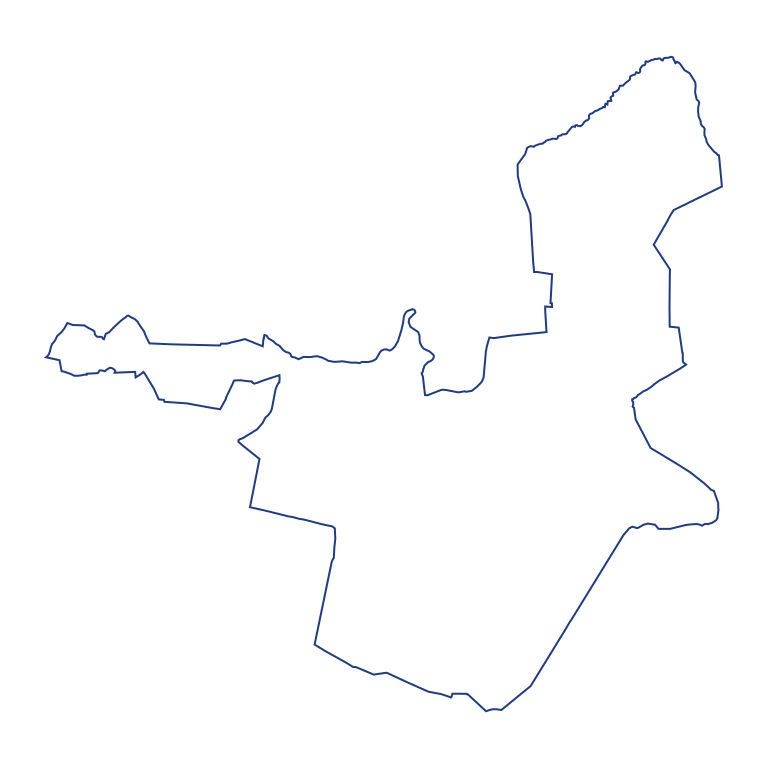 outline of Mixquiahuala de Juárez, Hidalgo, Mexico
{"feature_id": "50627088B68378363508666", "entity_name": "Mixquiahuala de Juárez", "entity_type": "district", "adm_level": 2, "iso_a3": "MEX", "parent_name": "Mexico", "parent_adm1": "Hidalgo", "projection": "robinson", "projection_center": [-99.19, 20.233], "detail": "fine", "context": "isolated", "style": "outline", "palette": "blue", "viewbox_px": 768, "rotation_deg": 0, "n_neighbors": 0, "source": "geoboundaries", "source_scale": "gbopen_adm2", "svg_char_len": 6021}
<svg xmlns="http://www.w3.org/2000/svg" viewBox="0 0 768 768"><path d="M719.0,155.4L717.8,155.1L716.3,153.3L714.0,151.6L708.2,144.7L706.5,141.5L706.3,139.4L704.5,135.3L704.4,132.4L704.7,129.0L703.9,127.5L702.0,125.8L701.1,124.4L700.7,123.5L700.8,121.6L698.7,116.6L698.1,111.5L698.2,107.1L699.2,103.1L698.7,101.3L696.6,99.3L695.5,94.1L695.1,92.3L695.6,86.4L695.4,83.1L694.6,81.2L689.6,73.2L684.4,70.1L680.4,64.3L679.0,62.7L678.2,62.7L677.2,61.8L676.5,61.8L675.8,63.0L675.4,63.2L675.1,62.7L674.4,60.8L673.3,58.8L673.1,57.6L672.7,57.2L670.7,56.8L668.4,57.8L665.1,57.9L664.3,58.1L663.5,58.5L663.1,60.0L662.7,60.5L661.6,60.1L660.0,58.5L658.9,58.4L656.8,59.1L654.7,58.9L653.9,59.6L651.5,60.0L648.2,61.7L647.5,61.8L646.4,61.3L645.8,61.4L645.4,61.9L645.5,63.5L645.0,64.8L644.4,65.2L642.8,65.4L642.3,65.8L640.6,68.1L639.9,69.8L640.3,70.8L640.1,71.8L639.5,72.5L638.7,73.0L637.8,72.9L636.5,72.2L635.9,72.5L635.2,74.4L634.2,74.8L633.0,75.0L630.4,76.3L630.1,77.1L630.1,78.5L629.7,79.7L625.3,83.2L622.9,85.7L620.7,85.6L619.9,85.8L618.7,89.2L617.5,90.5L615.3,91.9L613.2,92.5L612.9,93.0L613.2,95.7L611.6,96.4L610.7,97.2L610.5,98.1L611.3,100.4L611.2,100.9L609.6,101.1L608.4,100.9L607.8,101.2L607.4,104.5L606.5,103.8L605.7,103.7L605.2,104.2L605.0,106.9L604.8,107.3L603.1,106.9L601.8,108.3L600.1,108.7L597.8,110.3L595.2,111.0L592.3,113.3L590.7,113.7L589.5,114.5L588.9,116.0L589.3,118.0L588.7,119.0L587.5,120.3L586.5,120.3L584.5,121.8L582.1,125.1L580.2,126.2L577.6,125.8L576.9,125.1L576.0,125.2L575.3,125.5L575.0,126.8L573.1,126.5L571.9,127.0L567.3,132.5L567.0,133.3L565.7,134.2L562.5,134.3L561.7,134.8L561.3,135.4L559.9,135.6L558.2,136.2L557.6,138.1L556.7,138.9L552.5,138.7L550.4,139.5L548.2,139.9L545.8,140.9L545.2,141.9L543.6,142.7L542.8,143.6L540.5,143.8L537.4,144.8L535.0,145.7L533.7,146.8L530.7,146.1L528.9,146.8L527.1,147.9L525.3,153.9L517.6,164.5L517.8,176.0L520.7,188.8L523.4,197.1L525.1,200.0L528.5,208.7L530.3,214.1L533.2,262.2L534.1,272.0L537.3,272.0L552.1,274.3L550.5,303.1L551.9,303.3L552.0,307.0L545.2,306.5L545.2,310.5L546.5,332.1L510.7,335.7L495.3,337.9L493.2,338.1L489.4,337.5L487.0,345.7L485.9,351.4L483.6,377.4L483.1,378.9L481.9,381.4L480.5,383.2L476.8,386.9L471.9,390.8L466.2,391.8L464.5,391.3L459.6,392.2L457.4,392.2L446.1,390.0L442.8,389.7L440.8,390.1L427.4,395.3L425.0,395.0L422.9,376.6L421.6,373.2L422.2,372.7L422.9,371.3L423.4,368.5L423.9,367.9L424.4,365.8L427.9,362.2L430.7,361.0L432.5,359.6L433.5,358.1L433.9,356.1L433.3,354.7L429.6,351.5L424.3,349.0L423.0,348.0L422.0,346.7L420.1,343.0L419.7,341.0L419.5,335.7L418.4,332.5L417.5,331.6L410.5,326.9L408.7,322.2L409.3,318.6L415.3,312.7L415.1,311.0L414.1,309.7L412.6,309.2L408.3,310.7L406.7,311.6L406.0,312.3L404.6,314.6L403.9,316.6L403.1,322.7L401.4,330.2L398.0,341.1L394.9,346.5L392.0,349.4L389.8,350.6L386.5,349.4L384.4,349.4L381.6,350.5L380.1,352.1L376.1,359.0L373.4,360.6L371.2,361.4L367.7,362.1L361.9,361.9L359.9,363.0L359.2,363.1L356.3,362.6L351.4,362.7L342.5,361.3L334.5,361.9L328.2,360.8L326.5,359.7L322.2,357.6L317.1,356.2L313.9,356.5L310.6,357.1L303.6,356.9L298.5,359.2L295.3,357.6L291.8,356.8L291.1,356.2L290.8,355.0L290.1,353.6L288.1,352.5L286.3,352.2L283.3,350.2L279.6,345.9L276.2,344.0L274.6,342.6L273.6,341.4L268.5,338.5L266.6,335.7L264.5,335.0L264.2,335.2L263.9,338.4L263.5,338.4L262.7,346.3L245.0,339.1L239.7,340.5L231.5,342.3L227.3,343.6L221.2,343.7L220.0,345.5L171.0,344.3L149.5,343.4L146.4,337.4L144.0,331.4L138.4,323.3L137.7,321.8L134.7,319.0L131.5,317.5L128.4,315.6L127.0,315.9L125.7,317.3L123.3,318.8L120.2,321.4L113.9,327.2L108.9,332.5L105.8,333.8L103.9,339.3L103.4,339.1L101.7,336.9L97.3,336.8L95.6,335.4L94.9,334.3L94.4,331.4L92.7,330.1L88.5,328.0L84.3,325.4L72.7,325.0L67.3,323.0L64.2,328.7L61.3,332.3L57.1,336.1L55.5,339.7L54.1,341.7L52.0,344.1L50.7,347.9L49.9,351.5L48.9,354.2L47.3,356.3L46.1,357.3L59.5,360.2L61.6,371.2L64.2,371.7L70.6,373.9L74.1,375.7L77.5,375.8L81.1,375.4L84.2,374.7L86.8,374.6L86.8,373.7L97.2,373.2L98.1,372.9L99.3,370.7L100.1,370.3L102.6,370.6L104.4,371.2L105.3,371.0L106.2,370.0L109.7,367.8L111.6,368.0L113.1,368.8L115.2,370.5L115.1,371.6L114.6,372.7L135.2,371.9L135.6,377.4L139.7,374.9L143.5,372.0L145.5,374.8L153.8,388.5L158.8,399.4L163.9,399.9L164.4,401.8L187.0,403.4L213.3,408.2L220.2,409.2L225.9,398.9L225.9,397.9L232.0,385.2L234.0,380.6L235.2,380.4L241.0,380.3L249.4,381.4L250.6,381.3L251.8,381.5L252.1,381.7L252.4,382.6L254.1,383.6L257.3,382.8L262.9,380.6L279.4,375.2L279.6,378.8L279.3,382.5L278.7,382.7L277.0,385.6L275.5,389.6L271.9,408.6L271.0,411.2L270.1,412.6L268.3,415.1L265.7,417.3L264.7,418.8L262.9,422.6L257.2,429.3L243.6,437.7L242.3,438.4L239.4,439.4L238.5,440.2L238.4,441.1L238.5,441.8L241.7,444.7L259.5,459.0L250.0,507.2L263.9,510.3L288.5,516.4L293.0,517.1L299.5,518.9L302.5,519.3L305.7,520.0L321.4,524.1L332.3,526.4L334.8,528.4L335.3,538.6L334.4,546.9L333.8,557.9L332.5,559.9L331.7,562.0L314.6,644.6L325.7,651.3L347.2,663.3L353.1,667.0L354.5,667.2L355.5,666.9L373.8,674.6L385.8,672.8L387.1,672.9L405.8,681.6L428.4,691.7L441.1,694.1L450.2,697.1L450.9,697.5L451.6,696.6L452.4,693.7L466.8,693.8L467.0,694.3L468.0,694.5L486.0,711.2L490.5,709.7L493.3,709.2L496.9,709.3L501.3,710.0L530.6,686.1L565.3,629.7L569.7,622.1L571.6,619.4L623.4,535.2L629.2,528.3L632.4,526.7L637.0,528.1L638.8,527.5L643.6,524.7L647.9,523.6L655.0,524.7L658.6,528.9L670.0,528.9L686.2,524.9L691.0,524.4L696.5,524.0L699.0,524.4L702.2,525.7L704.5,524.1L706.7,523.9L708.3,524.2L709.9,523.4L711.8,523.0L716.0,520.4L717.4,518.1L718.5,509.6L718.2,507.4L718.2,503.0L713.9,490.9L711.0,489.7L704.3,483.4L690.5,472.5L678.4,464.8L650.6,448.0L635.6,419.3L634.0,407.7L632.6,406.6L633.3,404.0L633.1,401.7L632.5,401.3L632.2,400.6L632.2,399.2L633.3,399.0L633.9,398.2L635.9,397.4L636.7,396.8L638.0,395.0L640.2,393.7L643.2,391.4L646.9,389.8L651.9,386.4L654.2,384.3L659.4,380.5L666.6,376.6L680.6,368.3L686.1,364.6L683.4,362.4L682.9,361.7L682.7,353.1L682.4,353.0L678.7,327.6L669.7,326.7L669.5,307.8L669.8,274.1L670.0,269.5L653.7,244.7L667.0,221.7L670.3,215.4L673.6,210.1L721.9,186.5L719.0,155.4Z" fill="none" stroke="#1e3a8a" stroke-width="2"/></svg>